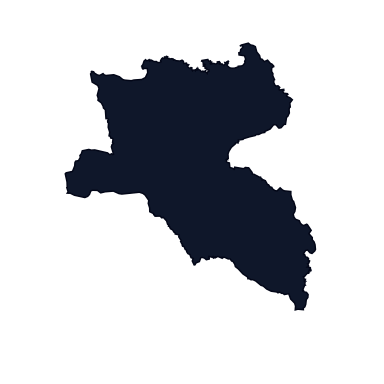 Tulungagung, Jawa Timur, Indonesia, rotated 165°
{"feature_id": "22746128B2754392863745", "entity_name": "Tulungagung", "entity_type": "district", "adm_level": 2, "iso_a3": "IDN", "parent_name": "Indonesia", "parent_adm1": "Jawa Timur", "projection": "orthographic", "projection_center": [111.871, -8.073], "detail": "fine", "context": "isolated", "style": "filled", "palette": "ink", "viewbox_px": 384, "rotation_deg": 165, "n_neighbors": 0, "source": "geoboundaries", "source_scale": "gbopen_adm2", "svg_char_len": 6004}
<svg xmlns="http://www.w3.org/2000/svg" viewBox="0 0 384 384"><g transform="rotate(165 192 192)"><path d="M215.8,147.1L215.0,143.6L215.5,142.7L214.9,143.2L215.1,142.1L213.8,141.4L213.4,138.2L212.3,137.2L212.6,135.8L211.9,133.6L210.2,132.1L209.9,128.8L208.0,127.5L209.6,125.3L208.8,121.0L208.0,120.9L206.4,122.5L202.9,122.9L200.6,126.2L199.3,126.3L197.1,125.0L195.7,122.9L192.7,122.8L192.4,123.8L192.9,124.8L192.3,125.5L189.9,124.0L188.5,124.2L188.8,123.3L188.1,122.5L187.0,123.4L186.2,123.3L186.3,122.5L183.7,123.1L180.0,120.2L179.5,120.8L178.6,120.2L179.1,121.0L177.4,120.5L174.4,118.0L172.5,117.6L171.6,115.1L170.4,114.4L169.4,111.2L169.4,108.7L167.2,105.8L164.0,99.7L160.3,95.5L160.4,93.7L159.3,93.6L157.8,92.0L155.9,91.6L153.5,89.6L149.6,84.1L147.5,82.7L145.0,79.0L141.2,75.7L136.0,73.5L135.1,72.4L133.2,72.5L131.6,70.9L130.2,70.5L129.4,69.1L124.9,68.7L124.4,63.1L121.6,58.1L121.5,55.0L122.8,51.4L120.1,51.4L114.9,49.5L114.6,51.0L112.7,51.9L111.2,54.1L109.5,58.4L107.4,60.1L106.4,62.9L107.4,65.4L109.6,66.5L109.8,67.9L110.6,67.7L110.7,68.4L107.5,72.5L106.6,72.7L107.1,73.6L106.2,75.3L106.6,76.7L105.4,76.6L106.0,77.5L105.1,78.3L106.2,78.9L106.3,81.3L105.3,81.2L102.1,83.5L100.4,83.4L100.5,84.2L99.5,84.3L99.8,85.2L99.0,86.0L97.8,85.0L97.3,85.5L97.4,86.9L98.2,86.6L98.4,87.0L97.4,88.4L100.1,89.7L98.5,90.4L98.9,92.7L98.0,92.7L96.9,94.1L97.3,94.5L96.3,95.0L97.4,96.5L96.7,97.7L97.7,99.2L99.2,99.8L99.4,102.5L100.4,102.7L100.1,103.8L97.4,106.1L95.4,106.1L93.7,102.7L92.0,101.6L88.7,103.3L87.6,104.6L86.8,109.3L87.0,112.2L88.2,114.8L87.6,116.9L89.9,121.5L86.8,124.1L89.0,130.6L89.6,131.2L92.8,130.7L94.3,131.9L95.4,133.8L95.8,136.5L99.1,138.9L100.0,141.4L100.0,144.3L97.7,146.6L96.1,150.1L96.3,156.7L97.2,157.8L97.3,163.6L96.4,166.9L102.3,169.1L104.0,170.4L105.8,173.2L109.6,171.0L111.6,171.9L113.4,174.2L113.7,175.8L115.4,176.8L116.2,179.2L117.2,179.7L118.2,183.9L119.9,185.3L121.2,185.2L120.9,186.4L121.7,187.1L121.9,188.6L123.1,188.9L127.6,193.1L129.0,193.6L128.9,195.4L131.0,200.7L134.2,201.9L135.6,201.2L136.9,201.5L144.3,204.9L145.2,202.9L145.9,203.1L146.3,204.2L149.1,205.9L148.4,210.4L150.9,211.9L150.6,214.4L149.2,214.0L149.2,215.0L148.3,215.1L147.4,219.4L145.9,221.7L142.4,225.0L137.8,227.2L137.3,228.2L134.7,227.5L134.6,228.9L133.8,228.8L133.7,230.0L134.5,230.3L129.1,229.6L128.3,230.2L122.1,230.4L116.3,230.2L115.0,230.9L112.7,230.3L109.3,231.0L106.3,230.7L106.2,231.6L100.2,232.6L95.7,235.9L93.4,235.1L91.7,231.4L90.8,231.1L89.2,231.1L85.7,233.5L84.2,233.2L81.4,239.6L79.9,240.3L77.5,243.2L76.9,246.5L75.9,248.5L75.1,248.6L74.5,252.5L71.2,255.1L72.8,257.5L75.8,259.9L75.6,260.8L74.1,261.5L74.4,262.3L77.9,263.7L78.3,266.1L77.8,266.6L77.0,266.3L76.8,267.4L81.2,267.9L81.3,269.3L80.2,270.3L81.4,272.3L83.4,272.6L84.3,273.8L84.7,276.6L84.0,278.9L83.2,279.1L83.9,283.4L83.2,285.4L83.9,287.8L83.1,290.7L82.2,291.7L80.6,291.9L80.5,292.6L81.8,295.0L82.9,295.7L84.9,299.8L88.4,299.2L90.1,302.3L91.5,302.6L91.4,306.4L93.2,310.5L93.2,316.0L95.0,317.7L97.4,318.9L99.1,321.2L106.3,321.2L108.0,320.6L105.9,320.5L105.0,318.9L108.1,317.0L109.1,314.5L110.7,314.4L111.1,312.2L106.0,310.0L105.8,306.4L107.3,304.6L107.1,303.5L109.6,301.3L111.4,300.9L114.8,301.5L115.0,300.9L118.8,300.6L121.4,301.2L123.5,302.2L125.3,305.0L125.0,306.3L124.1,306.6L124.5,307.0L122.9,308.5L123.2,309.1L124.7,308.7L124.8,307.9L126.8,308.6L126.7,307.2L128.4,305.9L129.8,307.9L130.6,307.6L130.8,308.2L132.4,308.4L132.4,309.1L131.4,309.6L131.9,310.9L133.9,311.1L134.2,309.7L136.2,309.5L137.7,310.6L140.3,310.6L139.7,311.3L140.8,311.5L139.6,312.5L140.5,312.9L140.3,313.9L142.0,313.9L142.4,315.9L148.4,316.5L148.8,315.9L147.7,315.3L147.9,313.1L146.6,312.0L148.1,311.7L147.3,310.9L148.1,310.5L147.0,310.0L147.3,308.1L145.8,307.7L145.9,306.1L144.1,305.7L144.3,304.4L145.9,303.9L146.7,302.5L147.8,304.4L147.6,305.7L149.3,305.0L150.2,305.3L150.2,306.0L152.1,305.8L152.6,307.5L154.2,308.7L154.4,310.0L155.1,309.1L155.5,309.7L155.9,308.6L156.9,309.2L157.4,308.3L157.8,309.1L159.4,309.5L160.1,308.9L160.5,310.1L160.0,312.1L160.9,312.5L161.9,311.8L163.4,313.3L163.7,314.7L162.6,315.5L163.6,315.7L163.1,316.2L164.0,316.6L164.0,317.9L166.8,318.3L166.5,320.6L167.5,321.9L169.8,321.6L173.5,323.0L174.6,324.2L175.7,324.2L175.6,325.2L176.9,326.0L179.5,326.3L179.6,327.0L181.5,327.5L180.5,328.9L181.6,329.7L183.0,329.0L183.5,329.4L183.7,328.1L185.6,329.0L185.7,328.5L186.6,328.7L188.3,327.1L188.2,325.8L189.6,325.5L191.7,325.9L192.5,327.2L195.1,327.9L197.0,329.8L197.8,329.4L198.3,330.4L199.0,329.7L199.3,330.9L200.3,330.4L202.1,330.7L202.6,331.8L204.4,330.9L206.4,327.8L208.0,326.6L207.2,325.4L208.1,324.9L207.5,323.4L206.0,323.7L203.2,322.8L203.9,318.7L207.4,314.6L211.4,313.7L219.2,315.2L221.8,315.2L228.1,317.5L229.8,318.6L232.3,322.1L237.2,325.5L244.9,326.8L246.4,327.7L247.3,329.4L250.9,328.5L252.9,329.4L255.5,332.1L255.9,333.6L257.6,334.5L258.2,334.1L257.9,333.4L259.4,332.3L260.0,324.0L255.4,319.3L255.0,316.0L258.5,309.9L258.3,306.8L259.1,304.9L256.5,301.6L255.6,297.7L255.8,296.1L254.4,293.9L256.1,285.1L254.4,284.7L254.0,283.5L255.1,282.6L255.3,281.0L254.7,280.4L256.2,276.2L256.0,271.1L257.6,267.7L256.6,267.0L256.4,265.0L254.9,264.5L254.6,263.6L256.0,260.2L255.3,259.1L257.0,258.4L258.2,256.5L258.0,248.7L258.9,248.6L259.7,249.7L261.9,249.3L263.4,251.6L275.0,257.8L278.5,258.5L280.6,259.8L287.3,260.2L289.1,257.4L290.8,256.3L290.9,254.4L293.5,251.7L296.4,251.9L297.4,250.8L298.5,247.6L302.1,242.8L308.6,243.1L309.7,242.4L310.1,234.1L311.3,228.9L311.8,228.7L311.6,224.4L312.8,223.2L309.8,222.3L306.4,219.3L296.9,214.4L293.9,214.8L291.7,216.2L289.4,219.3L287.5,219.4L282.9,218.0L280.4,214.8L275.8,214.7L267.7,213.2L263.0,209.4L260.3,208.2L242.9,205.4L239.8,203.4L238.1,201.2L235.9,195.1L237.2,192.3L237.0,187.6L237.9,183.9L234.7,181.1L234.9,180.0L234.2,179.8L234.0,178.2L229.1,177.0L227.8,174.8L226.3,175.0L224.0,170.6L223.9,167.2L223.0,166.5L223.6,165.1L222.7,164.5L222.3,162.1L220.5,160.4L219.8,157.9L218.8,156.9L219.1,155.8L215.6,153.9L216.4,152.1L214.9,147.5L215.8,147.1Z" fill="#0f172a" stroke="#020617" stroke-width="1.5"/></g></svg>